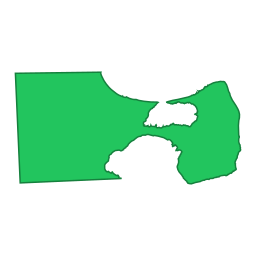 the district of Biedma, Chubut, Argentina
{"feature_id": "61730980B40140971915743", "entity_name": "Biedma", "entity_type": "district", "adm_level": 2, "iso_a3": "ARG", "parent_name": "Argentina", "parent_adm1": "Chubut", "projection": "albers", "projection_center": [-64.415, -42.44], "detail": "fine", "context": "isolated", "style": "filled", "palette": "green", "viewbox_px": 256, "rotation_deg": 0, "n_neighbors": 0, "source": "geoboundaries", "source_scale": "gbopen_adm2", "svg_char_len": 5941}
<svg xmlns="http://www.w3.org/2000/svg" viewBox="0 0 256 256"><path d="M65.8,180.9L121.5,178.5L120.7,178.1L119.8,178.4L119.4,178.2L118.8,177.5L119.0,177.1L118.6,176.7L118.7,176.4L118.4,176.2L118.3,175.5L117.4,175.5L117.2,175.2L116.4,175.5L116.0,175.3L113.7,173.7L112.7,172.7L112.4,172.0L112.0,172.1L111.3,173.1L110.6,173.0L108.2,171.4L107.9,171.8L106.9,171.8L105.6,170.6L105.2,169.9L104.7,168.5L104.7,165.1L104.9,164.4L106.4,162.6L108.4,160.9L108.5,159.7L109.1,157.4L108.9,157.1L108.9,156.4L109.4,155.3L110.0,154.6L110.9,154.3L111.8,153.1L112.7,152.2L115.1,150.6L118.9,150.1L119.9,150.3L120.7,150.8L121.0,150.8L121.9,150.6L123.0,149.7L123.5,149.7L123.6,149.2L124.1,148.6L124.8,148.1L125.6,147.8L125.9,147.1L127.6,145.8L128.5,144.0L130.2,142.3L131.7,141.1L133.8,140.1L134.5,139.4L137.3,137.2L138.8,136.5L140.7,136.3L141.2,136.0L141.5,135.6L142.6,135.1L145.7,135.1L146.5,134.6L148.1,134.4L153.4,135.8L154.0,135.5L154.8,135.5L158.1,136.1L163.9,137.7L167.7,139.9L167.9,139.9L168.3,139.5L169.0,139.5L169.8,139.7L171.0,140.7L172.5,142.7L172.7,143.6L172.4,143.8L172.2,144.2L172.3,144.2L172.5,144.5L172.5,146.1L172.6,146.5L173.1,146.4L173.6,145.8L174.1,145.8L174.0,145.5L174.2,145.3L174.9,145.2L175.1,144.9L175.7,145.2L175.6,145.5L176.3,145.7L177.3,147.0L177.5,147.9L176.8,148.8L176.6,149.6L176.1,150.0L176.0,150.6L176.4,150.6L176.5,150.9L176.5,150.7L176.8,150.5L177.8,150.6L178.7,150.0L180.0,150.1L180.7,150.3L181.5,151.1L181.9,151.8L181.8,152.2L181.1,153.2L180.7,154.5L180.2,154.9L179.9,156.1L179.3,156.5L179.0,157.8L178.7,158.0L178.2,158.9L178.4,159.1L178.6,160.8L178.6,162.6L177.8,165.0L177.3,166.1L177.2,167.0L177.9,169.6L179.1,171.9L181.9,175.2L182.5,176.3L183.2,177.1L183.3,177.9L185.7,180.4L186.7,181.1L187.0,182.0L187.6,182.5L187.9,183.2L189.4,183.6L191.4,183.8L195.4,182.5L200.4,181.5L201.3,180.9L201.9,180.8L202.4,180.5L204.2,180.1L204.5,180.2L204.8,179.9L206.0,179.4L207.6,179.2L209.0,179.4L210.1,178.5L213.0,178.4L213.7,177.9L215.4,177.4L216.0,177.5L217.0,176.9L217.7,177.1L218.3,176.8L219.0,176.9L219.2,176.4L221.0,175.7L224.7,175.2L225.7,175.4L225.8,175.6L226.4,175.6L227.1,175.3L227.7,174.5L228.5,174.5L229.4,173.6L230.8,173.1L231.5,173.1L231.6,172.6L232.6,171.9L233.0,171.2L233.8,171.3L234.3,170.4L235.0,170.1L235.4,170.1L236.0,169.6L235.8,169.4L236.1,168.7L236.0,168.2L235.6,167.8L235.6,167.2L235.7,166.5L236.0,166.4L235.7,166.4L235.4,165.8L235.3,164.4L235.5,163.9L235.0,163.3L235.0,162.5L235.3,161.8L235.2,161.7L235.2,161.3L236.0,159.9L236.5,158.6L236.9,158.3L237.3,156.9L237.2,156.1L238.1,154.2L238.5,152.4L239.0,151.8L240.4,150.6L240.6,149.6L240.2,148.8L240.5,147.9L240.1,146.7L240.0,144.9L239.4,144.2L238.7,141.9L238.7,139.1L238.8,138.5L239.2,137.5L239.2,136.7L239.2,136.4L238.8,136.1L238.9,135.4L238.7,135.0L238.4,125.6L238.8,120.4L239.4,117.9L239.5,114.3L238.8,111.3L237.8,109.0L235.9,105.6L232.3,100.1L230.7,96.8L230.1,95.3L229.7,93.4L228.6,91.4L227.6,87.8L226.5,84.7L224.6,81.9L223.3,81.5L222.5,81.6L220.4,81.4L217.2,82.1L216.3,82.1L213.6,82.8L212.3,83.3L211.2,84.0L210.5,84.2L208.4,85.3L208.0,85.2L208.0,85.4L207.8,85.4L207.6,85.7L207.7,86.0L207.3,86.5L206.6,86.6L206.1,86.8L205.2,86.6L204.7,87.1L204.7,87.7L204.1,88.0L204.1,88.3L203.9,88.3L203.8,88.7L203.0,89.5L201.4,90.1L200.6,90.8L199.3,90.8L199.4,91.3L198.7,91.8L198.4,91.6L198.6,92.0L198.5,92.4L198.1,92.8L197.3,93.2L196.9,93.1L196.7,92.8L196.6,93.2L196.0,93.6L196.0,93.9L194.8,94.7L194.1,94.9L193.8,94.7L192.6,95.3L191.9,95.3L190.7,96.1L188.3,97.0L178.0,99.4L172.6,100.4L168.0,101.6L166.1,102.3L167.0,102.3L168.0,103.0L169.0,103.0L170.0,103.3L170.6,103.7L171.5,103.7L172.3,104.0L172.8,103.6L173.7,103.7L174.5,103.1L176.1,103.3L176.2,103.1L176.0,102.7L176.3,102.4L177.7,102.4L177.9,101.9L178.4,101.9L178.5,101.8L179.3,102.0L180.2,102.7L180.2,102.9L180.0,103.1L180.5,102.8L181.1,102.8L181.5,103.0L182.3,102.8L183.2,103.2L183.6,103.1L184.4,103.6L184.8,103.3L186.5,102.9L187.0,102.5L187.5,102.5L188.6,102.9L188.8,102.5L189.1,102.4L190.1,102.8L191.6,104.0L192.4,103.9L193.3,104.3L194.3,105.2L194.6,105.2L195.0,105.5L195.8,106.8L196.2,107.0L196.6,107.9L197.4,110.3L197.6,111.8L197.4,112.3L197.1,112.3L197.1,113.3L196.7,113.5L196.3,113.5L196.0,114.0L195.3,113.9L195.3,114.1L195.1,114.4L196.0,114.5L196.8,115.4L197.2,115.6L197.5,115.5L197.7,116.1L197.7,116.7L197.3,117.7L196.8,119.7L196.4,120.7L195.3,121.0L194.8,121.7L194.4,121.7L193.8,122.6L192.4,123.4L191.5,125.0L190.4,126.5L189.9,126.7L188.5,126.5L188.4,126.1L187.7,125.8L186.0,125.7L185.8,125.5L185.7,125.3L185.0,125.1L184.1,125.3L183.7,124.9L182.5,125.5L181.5,125.7L180.6,125.1L179.2,125.2L178.5,124.8L177.2,125.0L176.7,124.7L174.5,124.8L174.1,124.6L173.7,123.7L173.4,123.4L172.9,123.5L172.6,124.1L172.2,124.4L171.7,124.5L171.5,124.3L170.9,124.4L170.8,124.6L170.5,124.7L170.6,125.1L170.4,125.3L168.7,126.1L167.5,126.1L166.9,125.7L166.2,126.0L166.0,126.4L165.6,126.6L165.0,126.5L163.6,126.8L163.3,126.8L163.2,126.5L163.1,126.9L162.5,127.0L162.3,127.4L161.5,127.9L161.0,127.9L159.7,127.8L159.1,127.3L157.8,127.8L156.9,127.7L156.1,126.8L156.1,126.2L156.4,125.4L156.1,124.8L155.5,125.4L155.5,126.4L154.9,126.7L153.2,126.4L152.1,126.4L151.2,126.0L150.9,125.3L150.7,126.1L149.5,126.9L148.1,126.5L147.8,125.9L147.9,125.6L147.3,125.7L147.3,125.9L147.0,126.0L146.7,126.3L146.0,126.3L145.2,126.0L144.4,126.2L144.0,126.0L143.7,125.5L144.0,125.1L143.6,125.1L143.6,124.8L143.4,123.2L143.6,122.3L144.2,121.8L145.0,121.5L145.8,120.9L146.0,120.2L145.9,119.4L145.9,118.9L147.4,117.5L148.1,116.1L148.4,114.9L148.3,113.6L148.4,112.8L149.2,111.1L150.7,109.2L152.3,108.4L152.3,108.0L152.7,107.7L153.9,107.2L154.2,106.3L155.6,105.2L156.6,103.7L158.1,102.4L157.2,102.1L150.9,102.0L144.0,101.3L138.8,100.4L136.2,99.5L134.0,99.5L132.1,99.2L129.1,98.3L126.4,96.9L125.9,97.3L125.3,97.4L123.6,97.1L122.7,96.6L122.6,96.2L122.3,96.5L121.7,96.3L118.8,95.1L116.5,93.7L111.3,89.6L109.2,87.6L106.2,84.0L103.9,80.6L101.7,76.2L100.9,74.1L100.7,72.8L100.9,72.2L15.4,73.3L20.2,182.9L65.8,180.9Z" fill="#22c55e" stroke="#15803d" stroke-width="1.5"/></svg>